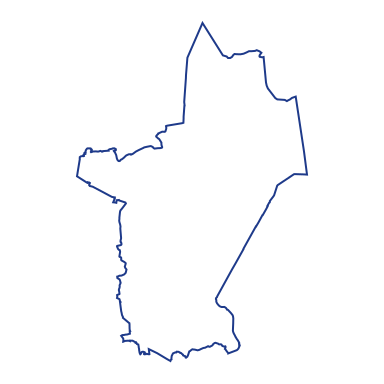 Álvaro Obregón, Michoacán, Mexico (Robinson projection)
{"feature_id": "50627088B69067418356902", "entity_name": "Álvaro Obregón", "entity_type": "district", "adm_level": 2, "iso_a3": "MEX", "parent_name": "Mexico", "parent_adm1": "Michoacán", "projection": "robinson", "projection_center": [-101.043, 19.878], "detail": "fine", "context": "isolated", "style": "outline", "palette": "blue", "viewbox_px": 384, "rotation_deg": 0, "n_neighbors": 0, "source": "geoboundaries", "source_scale": "gbopen_adm2", "svg_char_len": 5963}
<svg xmlns="http://www.w3.org/2000/svg" viewBox="0 0 384 384"><path d="M226.7,56.5L222.9,55.4L202.5,23.0L187.4,57.7L186.0,75.2L185.9,78.2L184.2,102.0L184.6,105.6L184.4,105.7L183.6,116.8L183.6,118.5L183.4,122.8L182.1,123.2L167.6,125.6L166.4,125.9L166.0,126.1L166.3,127.9L166.2,128.8L166.0,129.7L165.6,130.5L165.5,131.2L165.3,131.5L164.7,131.8L162.2,131.7L158.2,133.5L158.2,134.0L157.5,134.5L156.7,135.4L156.2,136.1L156.2,136.3L156.2,136.6L156.4,136.8L157.3,137.6L158.1,138.4L159.2,139.1L161.4,142.6L161.4,144.0L161.6,145.5L162.1,146.7L162.1,147.5L161.7,147.8L160.2,148.1L157.6,148.2L154.5,148.6L153.5,148.0L153.2,147.4L152.0,146.6L151.1,146.2L150.4,146.1L147.3,146.7L144.2,147.4L143.4,147.9L138.9,150.0L136.0,151.5L132.6,154.0L131.1,154.6L130.9,154.2L128.8,154.3L126.3,155.4L125.2,156.4L123.9,157.7L122.0,159.2L120.7,159.8L119.9,160.9L119.2,161.1L118.5,161.0L117.6,160.1L116.9,158.6L116.2,155.1L115.0,152.5L114.2,151.5L113.8,150.9L114.1,150.7L114.9,150.6L115.6,150.4L115.9,150.0L115.8,149.1L114.4,148.3L113.0,148.3L112.2,148.7L109.4,149.3L108.2,150.3L108.4,150.7L102.9,151.1L102.6,151.6L101.7,151.6L101.1,151.1L100.3,150.9L99.3,151.3L98.1,151.6L95.8,151.4L93.0,151.5L92.3,151.8L91.0,152.2L90.9,152.1L90.9,151.8L91.3,151.6L91.3,151.3L91.2,151.0L91.2,150.7L91.8,150.1L91.8,149.6L91.5,149.3L91.0,149.4L90.7,148.5L89.9,148.3L89.4,148.5L87.9,148.3L86.9,148.7L86.1,149.9L85.8,150.2L85.5,152.2L85.6,152.5L84.8,152.5L84.4,152.9L84.4,153.5L84.5,153.8L84.8,154.1L83.8,154.4L83.5,154.8L83.3,155.2L83.9,155.4L84.0,156.0L83.6,156.2L82.5,156.1L81.0,156.3L80.2,156.8L79.8,157.1L79.7,158.7L79.8,159.1L77.0,176.3L86.7,182.5L87.5,182.2L87.7,182.9L88.7,182.7L89.1,182.5L89.9,183.0L89.1,185.0L89.8,186.0L90.3,186.1L92.7,186.7L111.9,196.9L114.6,197.4L114.4,197.8L114.7,197.9L114.9,198.1L113.2,202.3L115.0,202.5L116.3,202.8L116.7,200.2L118.7,200.0L118.7,200.3L125.4,202.5L125.9,203.5L122.0,208.6L120.4,210.5L120.0,211.9L119.4,217.5L119.4,219.1L119.2,220.5L119.4,222.0L120.2,224.7L120.5,226.5L120.3,228.6L121.1,238.0L121.0,238.9L120.7,239.8L120.5,241.2L121.0,242.2L120.8,242.3L121.4,243.4L121.5,244.1L121.3,244.7L120.8,245.1L117.2,245.9L117.0,246.2L117.1,246.7L118.1,249.0L119.0,249.9L119.8,250.2L120.1,251.6L120.1,252.0L119.4,256.3L119.4,256.6L119.7,256.9L120.7,257.2L121.1,257.6L121.2,257.9L121.2,259.9L121.5,260.4L124.2,261.9L125.1,262.6L125.7,263.2L125.7,263.7L124.8,266.7L125.4,268.1L126.5,269.5L125.7,272.8L124.2,274.4L121.5,275.6L119.4,275.7L118.1,276.4L117.2,276.6L117.2,276.8L117.4,278.1L119.4,279.3L119.7,279.7L120.3,281.5L120.4,282.2L120.4,282.6L120.6,282.8L120.4,283.6L120.0,284.3L119.6,285.3L119.7,286.6L119.5,287.9L119.0,289.1L118.9,289.6L118.9,290.5L119.2,291.5L119.5,293.8L119.4,294.1L117.1,295.0L117.1,295.4L117.3,296.5L117.0,298.0L119.4,299.1L119.6,299.5L119.9,300.9L120.6,302.1L120.5,302.3L120.0,302.1L121.2,311.2L121.6,312.8L122.0,315.0L123.0,317.1L122.9,317.8L128.6,322.6L129.4,323.2L129.4,323.5L129.5,324.0L129.6,329.0L129.7,329.7L130.0,330.8L130.1,331.0L129.7,331.1L129.9,333.7L127.1,334.5L125.7,334.6L123.8,335.0L122.3,335.1L121.2,335.8L123.2,338.5L123.4,339.9L123.2,341.7L123.6,341.6L124.2,341.2L125.2,340.9L127.9,340.7L129.1,340.8L129.9,341.1L129.9,340.6L132.6,340.7L135.3,342.2L136.0,342.2L136.5,342.9L136.5,343.0L136.2,343.2L136.6,343.4L136.9,344.0L137.1,344.1L138.3,344.5L138.7,346.7L138.7,347.2L139.1,349.1L139.1,349.9L139.6,352.8L140.1,354.0L140.3,354.3L140.6,354.1L140.8,353.7L140.8,353.4L141.2,353.1L141.3,352.9L141.4,352.4L141.7,352.1L142.0,351.9L143.0,351.7L144.0,352.0L144.5,352.2L144.8,352.4L144.5,353.0L144.2,353.4L144.0,353.8L144.0,354.1L144.3,354.3L145.0,353.9L145.4,354.1L145.5,354.2L145.9,354.2L146.2,353.9L146.9,353.8L147.7,354.1L149.1,354.3L149.4,354.2L148.8,349.1L157.2,353.2L166.7,358.9L170.4,361.0L170.8,359.9L171.1,359.6L171.5,359.4L171.4,358.6L171.7,356.0L173.0,353.4L175.5,352.3L175.8,352.3L176.1,352.5L176.3,352.4L176.8,351.7L177.1,351.8L177.9,351.7L178.8,351.9L179.4,352.3L180.0,352.5L180.2,352.8L180.3,353.0L181.0,353.0L181.7,353.6L182.1,354.1L182.8,354.5L183.0,354.7L183.1,355.4L183.4,355.6L185.2,356.2L185.6,357.5L186.0,357.7L187.3,356.7L188.1,355.0L189.1,351.9L189.3,351.4L190.0,351.1L190.9,350.3L192.3,349.3L193.6,349.5L194.8,349.6L197.6,350.3L198.1,350.2L199.5,349.8L200.6,349.2L203.3,348.0L205.1,347.7L206.7,346.9L208.1,346.2L209.0,346.7L209.8,346.8L210.0,346.6L211.1,346.1L211.9,345.7L212.7,345.0L213.2,344.1L214.1,343.4L214.7,343.0L215.5,342.8L218.2,343.7L218.9,344.3L219.3,344.4L220.7,344.3L221.4,344.5L222.4,346.0L222.9,346.1L223.2,346.3L224.3,346.6L225.3,346.3L225.5,346.5L225.5,347.6L225.2,348.1L224.9,348.9L225.3,349.2L226.7,351.2L228.3,353.2L228.3,353.4L236.7,350.2L237.4,349.7L238.4,348.6L239.4,346.3L239.2,346.3L239.2,346.0L239.4,345.2L239.2,345.1L239.1,344.2L239.4,344.3L239.1,343.2L239.2,342.8L237.8,340.3L236.8,339.0L235.8,337.2L235.7,337.2L234.7,335.1L233.8,333.5L233.1,331.7L232.9,330.5L233.2,323.4L233.3,318.4L233.0,316.2L232.5,315.0L230.8,312.9L228.1,310.0L227.4,309.6L227.0,309.6L226.7,309.0L225.9,307.9L224.7,307.1L224.1,306.9L223.4,307.0L221.5,307.0L220.2,306.5L219.4,306.0L218.3,304.9L217.1,303.4L216.5,302.2L216.3,301.6L216.3,300.0L215.9,299.1L216.0,298.2L216.7,297.4L216.9,297.3L217.3,296.2L232.0,269.5L235.4,263.6L243.4,249.3L243.3,249.2L243.7,248.3L256.1,226.0L256.2,225.9L256.3,226.1L258.5,222.4L262.4,215.2L262.7,215.2L265.6,210.1L267.3,207.0L267.3,206.7L267.7,206.1L267.4,205.9L268.4,204.1L269.1,202.8L269.6,202.5L269.8,202.0L269.9,201.9L269.8,201.1L273.3,196.5L274.1,195.3L277.2,185.7L277.7,185.1L294.0,174.2L294.5,174.1L304.1,174.4L307.0,174.6L304.0,151.5L295.7,96.6L292.0,97.9L289.9,99.5L288.0,100.4L286.9,101.1L284.8,99.9L277.3,99.4L275.3,98.1L267.9,88.5L266.7,85.7L266.0,82.5L263.6,57.0L262.4,57.3L261.0,57.1L260.1,56.8L259.7,56.8L259.5,56.5L259.5,55.9L259.8,54.9L261.4,52.8L259.5,51.3L256.7,50.2L255.1,50.9L251.5,51.2L249.0,51.2L246.6,52.4L243.6,53.7L240.4,54.3L236.6,54.2L234.5,54.0L233.3,55.0L232.0,56.9L230.2,58.0L228.0,58.0L226.7,56.5Z" fill="none" stroke="#1e3a8a" stroke-width="2"/></svg>